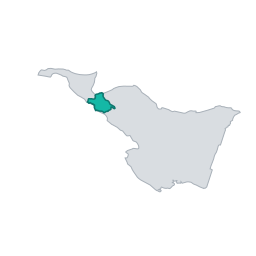 Benoue, Nord, Cameroon (highlighted), rotated 288°
{"feature_id": "32672807B41938793250317", "entity_name": "Benoue", "entity_type": "district", "adm_level": 2, "iso_a3": "CMR", "parent_name": "Cameroon", "parent_adm1": "Nord", "projection": "equal_earth", "projection_center": [13.438, 9.181], "detail": "fine", "context": "in_parent", "style": "filled", "palette": "teal", "viewbox_px": 256, "rotation_deg": 288, "n_neighbors": 0, "source": "geoboundaries", "source_scale": "gbopen_adm2", "svg_char_len": 5718}
<svg xmlns="http://www.w3.org/2000/svg" viewBox="0 0 256 256"><g transform="rotate(288 128 128)"><path d="M77.4,174.6L77.8,173.2L80.6,166.7L82.5,156.2L83.3,153.8L84.1,152.1L88.3,146.6L89.9,144.8L92.1,142.8L93.7,138.7L94.3,138.3L95.0,137.9L98.6,134.5L98.9,135.1L99.1,136.0L99.4,136.3L100.6,136.6L102.2,136.6L103.1,136.4L103.6,135.7L104.1,133.7L104.4,133.4L104.7,133.3L106.5,134.6L109.3,138.4L110.1,139.1L110.4,139.8L111.0,143.3L111.4,144.1L112.0,144.5L113.1,144.2L114.3,143.6L115.3,142.7L116.3,141.6L117.0,140.6L117.3,139.8L117.4,137.0L117.7,136.4L121.4,132.3L121.3,131.9L120.7,130.8L120.2,129.5L120.7,128.2L121.3,127.2L123.5,123.9L123.6,121.4L125.3,117.6L126.3,112.5L126.4,111.5L128.6,105.9L131.0,105.4L131.9,104.6L133.0,103.2L133.7,101.9L134.0,100.7L134.2,98.3L134.6,95.6L134.9,93.2L135.6,91.1L136.8,90.0L138.9,89.0L139.2,88.6L139.5,87.2L139.8,82.3L140.1,80.2L142.0,77.8L142.9,74.0L143.6,70.1L145.8,65.3L148.4,60.5L149.5,59.3L150.5,58.7L151.7,58.6L152.5,58.3L155.2,55.9L156.3,55.1L157.2,54.3L157.4,53.6L157.5,52.5L157.2,50.1L157.7,48.3L157.9,45.5L158.0,43.3L157.9,42.6L157.4,41.3L156.6,40.0L155.2,39.1L153.4,38.9L152.4,38.4L152.0,35.9L151.9,34.4L150.6,26.1L153.0,26.1L155.8,27.1L156.6,27.9L156.9,30.7L158.0,32.3L159.8,33.6L160.9,36.3L161.4,40.5L162.4,42.9L162.6,43.3L164.0,48.0L164.1,50.1L164.0,51.6L164.6,53.4L163.7,56.5L163.5,58.4L163.4,61.0L163.9,65.7L164.8,69.3L165.7,72.2L166.7,74.5L168.3,77.0L170.1,79.3L171.7,80.7L170.2,81.5L167.3,81.6L165.6,81.2L164.8,81.1L164.0,81.4L160.9,81.9L157.7,81.7L154.8,81.1L153.0,81.2L151.6,82.6L150.5,84.7L149.5,86.3L149.9,88.2L150.6,89.2L152.2,91.4L153.5,93.6L154.2,95.0L156.9,98.2L159.5,101.1L160.8,102.0L161.2,102.3L162.6,103.9L164.6,106.6L166.4,110.8L169.0,119.2L169.5,119.9L170.4,120.3L170.5,121.2L170.4,122.5L170.2,123.6L168.1,128.0L166.4,129.7L165.9,130.7L165.2,133.3L163.6,138.3L162.9,139.0L161.3,142.4L160.0,146.6L159.7,147.3L159.1,147.8L157.3,148.9L156.6,149.4L155.7,150.8L155.6,151.6L156.0,152.8L156.5,153.8L157.5,153.8L158.0,154.7L158.0,161.3L157.6,162.4L157.6,162.8L157.4,163.9L157.3,165.2L157.5,165.7L157.8,166.1L158.4,167.0L158.6,169.1L159.3,176.2L159.6,177.4L160.1,178.2L161.7,179.7L163.5,181.7L164.0,183.1L164.3,185.2L165.0,186.9L165.0,187.5L164.7,187.7L163.6,187.9L164.0,189.1L164.9,191.3L169.3,197.9L173.5,203.8L174.5,204.3L175.2,204.4L175.5,204.8L175.9,205.6L177.3,207.8L177.6,209.0L177.3,210.2L177.6,212.0L177.9,212.7L177.8,213.3L177.9,215.6L178.3,217.5L178.9,219.2L178.9,220.4L178.0,221.1L177.6,222.1L177.4,223.7L177.7,225.5L178.3,227.7L178.3,229.0L177.3,229.9L176.2,228.4L174.9,227.4L173.1,225.6L171.2,225.0L168.7,224.8L167.7,225.1L165.9,223.6L165.3,223.4L164.5,224.0L163.9,224.1L163.3,223.8L161.9,223.8L161.7,222.8L161.5,222.6L160.0,222.7L159.6,221.9L159.4,222.0L158.8,221.7L157.6,220.5L156.3,221.3L153.7,221.2L140.4,221.2L140.1,220.0L139.5,219.5L138.3,219.4L134.8,219.6L132.1,219.5L130.3,219.0L128.0,218.8L125.2,219.0L122.4,218.9L117.3,218.6L114.5,218.7L114.6,219.4L114.4,219.9L114.2,221.1L96.3,221.1L94.8,220.2L94.4,219.7L94.2,218.7L93.9,218.6L94.2,214.4L94.8,210.9L95.0,207.6L95.9,204.7L95.4,201.8L94.9,200.6L92.2,196.5L93.4,194.9L91.8,195.1L91.4,193.6L90.6,191.8L91.1,191.5L91.6,190.5L93.1,190.8L93.0,190.3L91.8,188.8L91.9,188.0L92.4,187.2L92.2,186.8L91.2,187.7L90.6,187.7L90.1,187.1L89.7,187.0L89.9,188.2L89.4,189.2L88.9,189.6L88.1,189.5L87.4,189.2L87.2,188.7L86.6,188.2L84.8,187.4L83.3,186.5L83.0,184.0L82.4,183.0L82.1,181.7L82.0,180.4L82.2,178.2L81.8,177.9L81.4,177.8L80.7,177.9L80.1,177.8L79.4,176.6L78.8,176.1L79.1,178.3L78.7,178.9L77.6,178.7L77.1,177.9L77.1,177.3L77.6,174.7L77.4,174.6Z" fill="#d9dde1" stroke="#a8b0b8" stroke-width="1"/><path d="M142.7,109.5L143.0,109.4L144.1,108.4L144.4,107.1L144.7,105.8L145.0,103.7L145.5,103.2L146.3,102.5L146.5,102.3L147.4,101.3L147.7,100.2L147.6,98.7L147.7,97.9L148.7,96.5L149.6,95.4L150.0,94.8L150.4,94.5L150.9,94.5L151.1,94.2L151.3,94.1L151.5,94.1L152.1,94.0L152.8,94.0L153.0,93.6L152.9,93.2L153.1,92.7L153.5,92.4L153.8,92.2L154.0,92.1L153.8,92.1L153.6,92.1L153.3,91.8L153.1,91.7L152.9,91.2L152.8,90.9L152.6,90.7L152.4,90.6L152.4,90.4L152.3,90.1L152.1,90.1L151.9,89.9L151.6,89.6L151.2,89.1L151.1,88.8L150.9,88.6L150.8,88.4L150.6,88.2L150.5,87.9L150.4,87.5L150.3,87.4L150.1,87.1L148.7,86.7L148.3,86.8L148.2,86.9L148.0,87.1L147.7,87.4L147.4,87.5L147.1,87.5L146.7,87.3L146.3,87.5L146.0,87.6L145.6,87.4L145.2,87.0L144.8,86.2L144.7,85.6L144.5,84.1L144.4,83.9L144.2,83.6L144.1,83.0L144.0,82.5L143.8,81.9L143.7,81.6L143.2,81.4L142.9,81.4L142.1,81.5L141.4,81.6L140.6,81.5L140.2,81.4L140.2,81.5L140.1,81.9L140.0,82.3L139.9,82.3L139.7,82.5L139.5,82.8L139.6,83.1L139.6,83.3L139.7,83.6L139.8,83.6L140.0,83.8L140.3,84.0L140.5,84.3L140.4,84.6L140.3,84.9L140.2,85.1L140.0,85.3L140.0,85.5L140.0,85.8L140.0,86.0L139.9,86.1L139.9,86.3L140.0,86.7L139.9,86.7L139.8,86.8L139.7,87.0L139.8,87.2L139.8,87.3L139.7,87.5L139.8,87.5L139.7,87.7L139.8,87.8L139.8,88.0L139.7,88.2L139.7,88.3L139.7,88.5L139.6,88.8L139.5,89.0L139.4,89.0L139.3,88.9L139.2,89.0L138.9,89.3L138.7,89.3L138.4,89.4L138.3,89.5L138.1,89.5L137.9,89.4L137.8,89.5L137.5,89.5L137.3,89.6L137.2,89.6L136.8,89.9L136.6,90.2L136.4,90.2L136.2,90.3L136.0,90.6L135.8,90.7L135.7,90.9L135.6,91.1L135.4,91.2L135.2,91.3L135.0,91.5L134.8,91.6L134.7,91.7L134.6,91.8L134.6,92.1L135.2,92.3L135.3,92.4L135.3,92.7L135.2,92.8L135.3,93.1L135.2,93.5L135.2,93.8L135.3,93.9L135.3,94.2L135.3,94.3L135.4,94.5L135.3,95.7L135.6,96.9L135.9,97.8L135.8,99.0L135.3,99.9L135.3,100.0L135.1,100.4L135.5,101.0L136.2,101.5L136.8,101.9L137.1,102.5L137.7,103.8L138.1,104.0L138.3,103.8L138.5,103.8L139.0,104.4L139.5,105.1L140.4,105.9L140.9,105.9L142.6,105.4L142.8,105.6L142.9,106.1L142.5,107.4L142.4,107.8L142.2,108.4L142.2,109.1L142.7,109.5Z" fill="#14b8a6" stroke="#0f766e" stroke-width="1.5"/></g></svg>